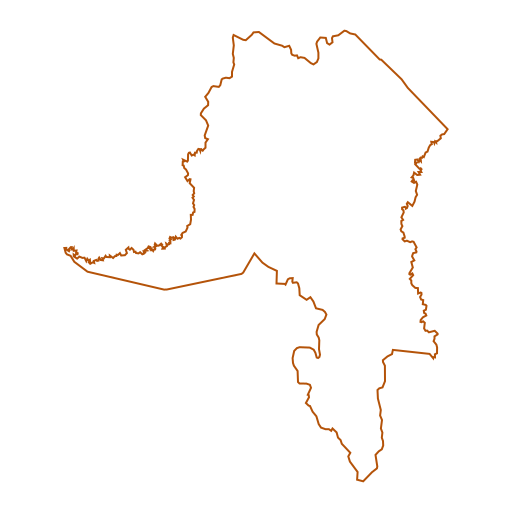 Quevedo, Los Rios, Ecuador
{"feature_id": "8360857B67101317912818", "entity_name": "Quevedo", "entity_type": "district", "adm_level": 2, "iso_a3": "ECU", "parent_name": "Ecuador", "parent_adm1": "Los Rios", "projection": "natural_earth1", "projection_center": [-79.508, -1.068], "detail": "fine", "context": "isolated", "style": "outline", "palette": "amber", "viewbox_px": 512, "rotation_deg": 0, "n_neighbors": 0, "source": "geoboundaries", "source_scale": "gbopen_adm2", "svg_char_len": 6023}
<svg xmlns="http://www.w3.org/2000/svg" viewBox="0 0 512 512"><path d="M233.6,35.0L232.8,37.6L233.8,45.4L232.8,53.9L233.8,57.9L233.4,62.3L234.2,64.5L232.0,71.9L232.0,76.6L229.5,78.2L225.9,77.7L222.7,78.6L221.7,79.4L220.3,85.1L218.8,86.9L213.4,86.1L211.6,87.0L208.4,93.0L205.2,96.8L208.2,101.8L208.1,105.2L203.9,108.6L200.9,113.3L200.8,115.1L206.0,120.3L208.2,125.6L204.7,135.4L205.2,138.1L207.9,139.2L205.5,142.6L205.5,147.7L202.8,150.2L203.1,151.3L201.2,149.1L200.6,149.2L200.3,151.0L199.6,149.1L198.4,148.9L196.9,151.1L196.7,152.7L195.0,152.7L194.7,155.4L193.5,154.6L191.7,155.5L189.9,152.5L188.9,152.8L188.1,154.3L187.9,160.6L187.2,161.6L183.1,159.7L183.8,161.4L182.8,161.6L182.6,165.2L183.7,165.6L184.3,168.1L186.0,169.5L188.1,173.4L187.9,175.2L185.1,177.2L187.5,181.1L189.7,179.1L190.5,179.3L189.7,183.2L194.1,187.8L193.7,191.2L194.2,193.3L192.7,195.0L193.8,196.5L192.5,197.7L194.0,199.9L193.0,203.4L194.2,205.1L193.5,206.9L194.6,208.9L194.5,211.9L193.1,212.5L192.6,214.9L190.8,214.9L191.0,219.7L190.2,224.2L187.2,226.0L187.5,227.6L185.7,231.5L182.6,232.9L181.3,234.9L182.0,235.3L181.9,237.3L180.4,238.6L179.3,237.9L177.5,238.7L175.8,236.7L175.3,238.5L174.2,237.9L174.6,239.7L173.5,240.0L173.2,237.3L171.5,237.7L170.1,237.0L169.5,238.6L170.8,239.5L169.7,240.7L170.4,241.5L170.4,243.2L169.1,243.0L169.2,244.2L167.9,244.7L166.3,243.6L166.9,246.1L164.8,247.3L164.8,248.6L162.4,248.7L163.0,246.8L161.1,245.3L161.9,244.6L161.0,244.0L161.9,243.0L158.7,245.7L157.2,245.7L155.1,243.5L154.7,244.8L155.8,246.3L154.1,247.0L155.3,248.3L155.1,249.4L153.9,249.6L153.2,251.0L152.2,249.6L151.1,250.3L150.2,249.1L151.0,248.2L148.6,248.0L149.8,246.8L148.6,246.4L147.7,248.1L145.3,249.8L146.8,250.6L143.8,251.2L145.1,252.6L144.4,253.1L143.8,252.4L143.7,253.8L142.3,254.3L140.1,252.2L138.5,253.4L136.0,253.0L135.5,251.7L134.0,252.0L133.5,249.8L131.6,248.0L129.9,249.7L128.6,248.8L128.4,247.5L125.8,249.8L126.9,253.1L124.9,255.2L121.2,255.5L119.9,253.1L118.1,254.9L116.6,254.7L116.4,256.0L114.8,256.2L113.1,258.0L109.8,255.5L109.9,257.2L106.4,257.0L105.6,255.8L103.8,258.5L102.3,258.2L102.9,260.3L100.7,260.0L99.2,257.6L98.5,258.7L98.5,260.6L97.1,260.9L96.3,259.9L93.8,260.9L94.2,262.9L92.8,262.3L90.2,263.8L89.0,262.5L90.1,261.8L89.9,259.7L88.6,260.6L87.3,258.8L86.3,261.2L84.5,257.7L82.4,257.9L79.4,256.6L77.1,258.6L73.8,256.4L73.7,254.6L75.1,255.7L76.1,253.8L77.5,254.2L77.7,253.2L76.1,252.5L76.5,250.5L73.8,250.8L73.7,248.3L72.9,249.6L71.6,249.5L71.8,247.1L70.8,247.1L68.3,249.8L69.3,250.4L69.0,251.2L66.3,249.5L66.3,247.9L64.4,248.0L65.7,252.8L67.0,254.4L70.6,255.8L74.3,261.8L87.5,271.7L164.1,289.6L166.9,289.5L241.5,273.9L243.2,272.6L254.4,253.4L262.4,262.6L268.4,266.9L276.9,270.9L276.5,283.5L284.7,283.9L285.5,284.6L287.9,279.3L289.7,278.3L292.7,278.1L292.3,281.6L292.9,282.8L296.7,282.3L298.0,283.5L299.3,288.2L299.7,295.2L306.6,299.8L310.4,297.2L313.4,301.5L316.0,308.3L322.6,309.9L325.0,312.0L326.4,314.6L324.7,319.1L318.6,325.0L316.6,331.9L316.8,334.5L318.7,337.6L319.3,340.3L319.0,349.2L320.0,354.7L319.4,357.0L318.1,358.0L316.7,357.5L315.4,352.8L313.7,349.7L309.8,347.6L299.6,347.2L296.9,348.1L294.2,350.9L292.6,358.1L293.0,363.0L293.9,365.7L297.6,371.0L298.0,382.0L299.5,383.5L306.4,383.6L309.9,384.8L311.0,387.8L307.8,394.8L308.7,395.1L309.0,397.3L305.9,403.0L308.6,405.6L310.0,406.0L312.6,411.7L316.4,416.3L318.7,424.1L321.0,427.6L325.5,429.2L328.9,429.2L331.2,430.8L332.5,428.5L336.6,432.4L338.0,437.6L340.6,440.1L341.8,443.8L350.3,452.8L348.3,456.4L349.9,461.6L357.6,472.0L357.1,479.7L363.2,481.3L372.0,472.2L376.9,468.4L377.3,466.5L375.5,454.9L378.8,451.3L381.8,449.3L383.2,445.5L383.0,441.0L381.8,437.7L382.4,432.6L380.9,428.5L382.0,420.0L380.1,415.5L380.8,410.0L377.9,398.5L377.5,390.0L379.3,388.3L382.5,387.4L385.0,381.2L384.9,365.7L383.0,362.0L382.9,360.2L387.5,356.4L392.0,354.1L392.9,349.9L429.6,353.9L433.1,358.1L433.2,357.1L435.0,357.4L434.9,354.3L437.0,353.3L437.1,347.5L436.4,344.7L433.6,341.2L434.5,338.8L434.5,336.4L437.6,334.4L437.6,333.6L434.7,330.8L428.9,332.3L427.1,330.6L425.5,330.8L424.1,328.4L424.8,322.8L423.1,321.3L421.6,322.2L420.5,321.9L420.7,320.0L422.9,317.3L426.3,315.5L425.6,313.7L424.1,312.9L423.8,310.7L425.9,309.7L426.5,305.8L425.7,304.9L422.8,304.2L423.2,300.1L421.1,299.5L420.1,297.0L421.5,294.6L421.4,292.9L420.6,292.5L418.1,293.5L417.9,288.1L415.3,287.9L412.3,285.2L411.3,283.3L411.3,280.5L409.8,278.9L413.2,275.1L412.3,273.4L410.3,274.7L409.4,274.2L409.4,273.2L412.8,267.5L411.3,262.0L414.3,260.4L412.1,256.5L412.3,255.4L413.2,253.1L416.3,252.4L416.5,251.5L415.4,249.2L416.6,247.4L413.6,241.8L412.1,241.4L410.2,242.2L406.9,240.7L404.7,241.4L402.5,239.2L402.6,238.4L404.7,237.7L404.6,236.4L403.4,232.6L401.3,231.3L400.6,229.4L402.4,226.1L401.4,224.0L401.3,221.0L403.1,219.9L401.4,217.3L403.7,212.5L403.5,210.4L402.1,209.2L402.1,207.6L404.9,206.8L405.8,207.5L405.9,208.6L406.9,208.1L407.7,206.0L406.8,203.8L407.8,202.2L412.3,205.9L414.5,201.7L415.6,197.2L417.1,194.8L415.8,191.0L417.3,184.6L416.1,181.8L414.0,182.9L411.7,181.5L412.5,180.3L414.1,180.5L413.2,177.9L411.7,177.4L413.4,175.4L414.1,172.6L417.2,175.0L420.1,174.7L418.6,172.0L421.3,172.0L420.6,170.7L421.5,169.2L420.8,168.4L420.3,169.1L419.5,168.8L415.3,164.4L416.8,162.6L415.0,162.6L415.2,159.8L417.4,159.5L418.9,161.9L419.9,160.1L420.9,161.2L420.8,159.8L419.6,158.8L420.6,157.6L421.9,157.9L422.6,156.4L423.8,157.1L425.6,152.5L427.5,151.6L428.8,147.5L430.2,145.1L431.8,144.2L431.3,141.8L434.0,142.1L434.4,143.2L435.0,141.3L436.2,142.5L436.1,141.2L437.4,141.1L440.8,138.3L440.4,135.7L442.1,134.4L444.2,134.1L447.6,129.2L407.8,87.9L401.6,79.3L381.3,59.7L379.7,59.5L355.3,34.5L350.1,33.4L346.4,31.1L344.4,30.7L338.3,35.3L332.9,36.3L332.0,38.1L332.5,42.3L329.5,44.6L327.1,43.1L325.8,37.9L320.3,37.5L317.1,41.6L316.4,43.8L318.4,52.7L318.4,58.4L316.9,62.0L313.5,64.4L310.8,63.1L304.5,57.9L300.5,57.2L298.2,58.2L297.0,55.4L294.7,55.7L292.2,54.8L291.3,53.3L291.1,49.8L289.2,45.8L284.4,47.2L282.1,45.7L274.4,43.5L258.9,32.0L253.5,32.4L251.8,34.8L245.8,40.2L243.2,39.8L233.6,35.0Z" fill="none" stroke="#b45309" stroke-width="2"/></svg>